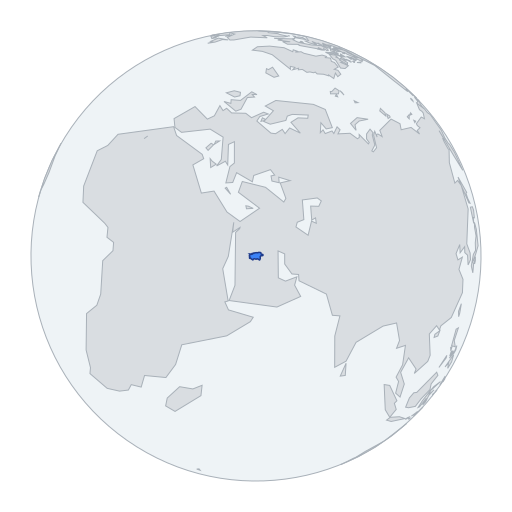 Al Quassim on an orthographic globe, rotated 32°
{"feature_id": "SAU-846", "entity_name": "Al Quassim", "entity_type": "Region", "adm_level": 1, "iso_a3": "SAU", "parent_name": "Saudi Arabia", "parent_adm1": "", "projection": "orthographic", "projection_center": [43.262, 25.97], "detail": "fine", "context": "on_globe", "style": "filled", "palette": "blue", "viewbox_px": 512, "rotation_deg": 32, "n_neighbors": 0, "source": "natural_earth", "source_scale": "10m", "svg_char_len": 11725}
<svg xmlns="http://www.w3.org/2000/svg" viewBox="0 0 512 512"><g transform="rotate(32 256 256)"><circle cx="256" cy="256" r="225" fill="#eef3f6" stroke="#a8b0b8"/><path d="M308.6,36.9L307.1,36.6L296.6,34.5L295.1,34.4L302.0,35.8L304.3,36.8L294.5,34.6L297.6,36.2L280.4,34.4L255.7,31.5L244.7,32.5L215.5,35.5L216.8,35.8L206.5,38.1L204.1,39.5L199.4,40.3L201.6,40.9L206.4,39.9L209.0,40.0L208.0,41.0L201.8,41.9L201.4,41.6L199.1,42.4L196.4,42.5L197.2,43.0L189.7,44.4L195.6,44.6L188.4,47.0L183.9,47.6L186.4,45.5L182.0,43.7L178.2,44.7L170.3,47.7L151.2,57.0L146.2,59.5L137.9,64.3L139.7,63.5L146.8,59.6L148.2,60.0L156.8,55.8L158.6,55.6L166.6,52.8L163.2,55.7L155.5,60.2L148.7,63.0L145.1,65.3L149.9,65.0L135.4,73.2L122.9,84.4L119.4,86.7L115.8,85.8L120.3,79.1L115.6,80.5L116.3,82.4L107.6,88.9L105.2,91.5L104.4,93.1L106.8,91.8L103.3,95.0L101.3,93.6L104.4,90.7L105.0,91.0L107.1,88.2L105.6,88.4L101.3,92.4L101.9,91.7L113.9,81.2L126.6,71.6L139.9,62.9L153.8,55.2L168.3,48.5L183.1,42.8L198.3,38.2L213.8,34.7L229.6,32.3L245.4,31.0L261.3,30.8L277.2,31.7L293.0,33.8L308.6,36.9ZM30.9,263.7L32.6,277.7L36.2,294.9L38.0,307.3L38.7,315.2L40.4,321.3L35.6,302.4L32.4,283.1L30.9,263.7ZM168.0,51.5L167.3,52.1L166.2,52.3L168.0,51.5ZM172.1,49.8L171.2,49.6L173.1,48.8L173.6,49.0L172.1,49.8ZM311.4,37.9L313.1,38.6L309.6,37.5L311.4,37.9ZM172.7,50.4L176.4,47.5L179.7,46.1L184.2,45.8L172.7,50.4ZM312.8,38.8L317.0,41.1L321.3,42.1L311.4,41.2L311.2,39.1L306.2,37.4L310.8,38.5L312.8,38.8ZM208.3,39.3L203.2,40.3L208.4,38.7L208.3,39.3ZM211.0,38.3L223.2,34.4L230.4,33.8L224.8,35.0L234.8,34.1L232.2,35.7L226.2,36.6L222.1,36.5L224.3,37.2L211.0,38.3ZM305.3,40.6L304.7,41.1L303.3,40.2L305.3,40.6ZM210.4,40.0L212.2,39.0L218.6,38.4L216.0,40.2L214.8,39.8L210.4,40.0ZM238.6,33.2L242.9,33.4L242.0,34.6L243.5,34.9L232.8,35.7L238.6,33.2ZM212.9,40.4L214.6,41.2L210.8,42.5L209.1,40.9L212.9,40.4ZM221.3,37.6L224.1,37.5L221.7,38.1L221.3,37.6ZM198.1,48.1L200.2,46.6L203.6,46.1L198.1,48.1ZM215.5,41.4L216.8,41.0L218.4,40.8L218.7,41.6L215.5,41.4ZM232.9,36.7L231.7,37.3L237.3,36.4L236.8,37.6L229.8,38.0L232.6,38.4L232.5,38.8L226.9,38.7L232.9,36.7ZM223.8,41.7L214.7,43.3L210.1,46.0L206.9,46.4L214.8,42.1L223.8,41.7ZM226.1,39.9L224.0,41.1L221.1,40.8L220.7,39.9L226.1,39.9ZM239.1,38.4L241.6,36.4L243.0,36.4L239.1,38.4ZM223.1,42.5L225.3,42.2L223.1,42.7L223.1,42.5ZM234.8,39.6L235.5,38.8L237.1,38.8L234.8,39.6ZM229.2,42.3L226.2,42.7L225.9,42.0L229.2,42.3ZM232.2,41.1L234.3,41.3L227.6,41.5L232.3,40.7L232.2,41.1ZM236.3,39.8L237.4,39.5L235.7,40.1L236.3,39.8ZM232.1,45.1L223.6,45.5L222.9,43.7L231.2,43.5L232.1,45.1ZM72.8,288.0L65.6,250.9L71.7,240.8L74.5,225.9L117.6,190.0L124.8,195.9L156.5,198.3L160.1,201.2L154.2,212.2L176.3,231.6L186.0,223.2L208.1,234.1L224.2,235.2L233.7,213.6L207.3,211.3L204.9,200.1L227.7,192.7L251.0,195.5L250.8,191.3L237.8,181.2L245.0,174.0L233.5,177.1L236.8,181.6L229.8,184.0L226.3,180.1L229.0,177.5L222.5,175.1L211.4,188.9L213.6,195.0L195.4,195.6L197.3,206.0L191.7,210.0L186.5,194.0L188.4,188.6L177.1,170.5L173.5,176.0L183.8,193.8L179.8,191.9L174.9,200.5L175.4,192.5L165.1,172.6L149.9,172.7L127.3,190.6L119.1,189.9L113.7,182.9L125.1,161.6L142.2,165.7L146.4,159.2L145.7,147.6L151.0,150.2L152.8,146.3L159.5,147.6L171.7,140.4L178.9,141.1L186.3,130.0L191.1,129.1L185.3,135.7L185.2,141.1L203.5,143.9L207.8,141.9L211.2,134.7L215.8,136.8L216.7,129.6L228.5,128.3L214.8,124.1L218.4,116.6L226.9,111.8L225.6,108.8L211.7,116.7L208.4,120.8L209.5,125.2L198.2,136.7L191.4,137.8L193.8,123.6L184.4,123.9L190.4,113.6L224.3,97.0L237.1,95.0L252.7,106.7L248.2,111.0L240.4,108.6L245.2,117.4L246.0,113.5L249.8,115.5L254.2,109.7L257.1,110.9L256.3,103.5L260.4,104.4L260.8,109.0L270.7,102.1L279.9,102.8L280.8,100.7L279.1,98.3L291.9,101.4L291.9,99.8L287.7,98.1L285.1,93.9L285.5,88.0L289.9,89.4L290.4,91.7L298.0,99.0L298.5,105.5L300.3,105.5L300.9,100.3L291.7,91.2L290.6,87.3L295.7,91.0L293.8,89.4L294.7,87.9L299.7,87.9L294.4,83.8L298.0,68.3L308.0,67.5L312.2,72.0L319.4,64.8L330.1,65.9L326.2,64.1L327.1,60.3L323.7,59.9L321.9,58.8L322.5,50.6L326.1,50.3L322.0,46.1L320.0,45.4L317.1,45.3L311.4,41.2L321.3,42.1L325.3,43.6L328.8,43.7L337.4,47.4L346.2,51.0L353.7,55.9L359.9,58.8L360.6,58.6L369.6,63.0L386.0,73.8L369.9,65.8L344.8,52.7L354.8,57.7L351.7,57.1L354.8,59.3L362.0,63.3L363.3,63.4L370.5,74.4L386.0,88.8L386.9,85.1L392.6,87.4L411.0,103.7L428.3,134.0L436.0,140.0L439.9,145.5L440.6,151.2L435.0,143.2L431.3,142.5L428.0,137.5L427.4,145.1L422.7,138.3L424.4,148.0L429.3,152.3L431.6,147.6L435.2,159.8L443.9,166.1L450.5,177.7L454.2,204.7L449.8,217.2L450.7,221.5L446.1,219.4L444.3,230.3L456.3,247.9L457.5,254.4L452.5,271.7L451.6,267.0L439.4,261.5L440.3,278.0L449.6,286.0L452.9,299.3L447.1,298.3L443.4,286.8L439.0,284.5L438.0,270.6L430.1,252.6L424.1,259.8L422.5,251.6L410.7,238.3L400.9,248.1L386.6,276.2L388.1,297.5L381.7,308.7L365.2,282.1L358.9,262.3L352.2,265.8L335.9,251.0L305.6,254.2L301.9,249.1L296.0,252.2L284.6,247.6L279.2,239.0L272.0,240.0L286.5,262.7L294.3,261.7L301.7,252.0L304.2,260.3L315.3,266.6L300.8,288.2L256.8,308.0L253.7,292.0L226.2,246.8L227.6,241.8L227.6,241.2L227.3,240.2L223.6,248.2L219.3,239.2L232.7,271.0L234.5,284.4L256.2,308.9L253.9,311.4L261.2,316.3L286.1,309.4L286.0,314.7L273.5,339.2L240.1,370.6L245.3,390.6L244.0,406.8L224.8,416.4L228.1,428.0L218.4,431.2L218.8,437.3L211.9,442.9L199.9,447.1L177.5,443.7L174.8,438.4L161.7,425.7L142.8,394.6L147.1,382.1L144.5,370.6L128.5,341.2L131.9,327.3L128.0,319.9L119.7,319.1L115.3,310.2L110.4,308.4L80.8,302.2L72.8,288.0ZM100.6,211.6L98.9,215.8L100.6,211.6ZM274.5,210.2L289.2,210.8L284.6,197.0L289.8,196.3L286.3,192.1L284.2,196.0L275.9,184.7L282.9,180.6L282.2,174.7L277.2,174.3L265.6,183.9L277.3,199.8L273.1,205.5L274.5,210.2ZM107.7,89.0L107.8,89.2L106.2,91.3L105.6,91.3L107.7,89.0ZM107.9,96.3L102.3,101.2L105.8,97.4L103.8,98.0L108.6,91.2L117.9,87.5L112.9,90.2L107.9,96.3ZM117.7,81.9L113.6,86.1L117.7,81.7L117.7,81.9ZM156.1,125.4L157.5,128.6L153.6,132.5L144.4,133.3L150.0,127.4L156.1,125.4ZM160.4,132.3L165.4,119.0L171.3,118.6L167.1,121.0L170.5,122.0L164.7,126.2L165.5,139.5L162.1,143.9L147.0,141.9L153.8,139.9L152.1,136.6L160.4,132.3ZM167.8,91.3L170.0,87.1L179.9,91.3L176.6,94.9L167.3,95.5L165.6,91.6L167.8,91.3ZM180.0,50.9L180.3,50.1L182.0,49.7L183.2,50.1L180.0,50.9ZM198.8,47.5L180.9,54.6L180.2,53.8L170.5,59.7L165.0,60.1L171.5,56.2L160.0,61.3L163.6,58.0L156.0,61.8L171.0,53.1L173.8,50.8L172.8,53.0L177.8,52.5L180.8,51.6L191.3,47.6L199.8,43.1L206.1,42.4L208.3,43.2L207.2,44.2L203.5,44.2L204.7,45.5L198.5,46.3L198.8,47.5ZM230.3,60.6L226.4,58.8L227.9,64.3L221.7,64.0L222.2,64.7L216.9,66.1L211.3,69.2L208.8,68.6L207.7,70.1L204.2,71.3L201.8,73.3L196.5,73.2L193.2,75.7L192.6,74.2L188.4,78.7L189.1,75.4L184.6,77.0L186.3,79.4L163.1,76.7L152.9,79.1L143.9,83.3L146.3,77.8L156.3,70.8L169.4,64.5L178.9,63.3L178.3,61.4L182.6,60.4L181.3,62.3L186.0,58.9L189.2,58.7L200.9,54.8L205.6,50.6L210.0,49.4L209.7,51.0L214.3,48.7L216.8,51.0L220.0,50.3L225.6,52.2L223.4,56.2L227.1,55.1L231.6,56.9L230.3,60.6ZM233.5,45.7L232.2,49.8L228.1,51.8L219.9,47.8L216.7,48.1L211.3,46.2L217.3,43.4L218.3,44.1L220.6,44.3L217.8,45.1L221.8,44.5L223.3,45.6L226.9,45.6L225.5,46.9L233.5,45.7ZM165.5,197.7L168.6,198.8L173.6,199.2L170.7,205.0L165.5,197.7ZM158.2,184.2L161.1,184.1L159.4,191.8L156.2,190.8L158.2,184.2ZM164.2,177.7L161.4,183.5L161.0,179.8L164.2,177.7ZM188.2,135.4L191.5,135.1L191.3,136.8L188.8,139.2L188.2,135.4ZM233.3,79.0L231.8,77.1L233.1,76.5L234.1,71.7L238.8,71.8L240.0,74.8L233.3,79.0ZM228.4,217.1L222.9,221.0L220.8,218.8L223.1,217.8L228.4,217.1ZM194.7,213.3L201.8,217.1L193.9,214.8L194.7,213.3ZM238.6,78.4L238.5,76.3L240.9,77.7L238.6,78.4ZM242.3,71.7L245.4,72.9L239.5,71.3L242.3,71.7ZM320.5,466.7L322.2,467.3L318.6,468.1L320.5,466.7ZM283.3,403.6L269.7,430.7L258.8,431.0L256.0,423.5L260.5,407.3L272.9,402.2L278.8,394.2L283.3,403.6ZM471.3,313.6L472.6,312.1L472.4,313.1L471.3,313.6ZM470.0,313.0L471.9,310.5L469.3,315.5L470.0,313.0ZM472.6,309.5L474.5,304.8L475.4,302.1L475.0,304.2L472.6,309.5ZM468.5,314.9L458.3,324.7L453.7,326.0L455.3,321.7L462.8,316.3L468.5,314.9ZM454.9,321.9L447.1,317.9L432.8,297.1L438.0,294.9L452.2,304.1L451.4,307.6L456.2,311.8L454.9,321.9ZM471.7,289.6L470.8,299.1L465.7,303.9L463.0,304.9L461.3,295.1L462.3,288.4L464.6,286.5L470.8,258.8L473.5,260.8L472.3,271.6L474.3,277.1L471.7,289.6ZM389.2,299.2L395.0,310.0L391.1,313.2L389.2,299.2ZM471.3,241.7L470.2,253.6L470.5,239.1L471.3,241.7ZM470.3,229.0L471.4,233.2L469.5,230.3L470.3,229.0ZM452.6,227.5L450.2,230.7L449.2,227.6L451.5,221.9L452.6,227.5ZM455.4,187.6L459.1,196.6L460.0,200.1L457.1,195.6L455.4,187.6ZM278.6,80.6L272.0,86.8L270.4,92.2L274.3,96.4L265.9,93.5L268.4,85.1L278.6,80.6ZM295.2,69.4L291.6,66.4L295.0,66.4L296.2,67.1L295.2,69.4ZM291.8,68.5L284.1,67.4L283.3,64.9L289.5,66.2L291.8,68.5ZM261.2,71.9L258.9,73.6L257.0,72.3L261.2,71.9ZM438.4,388.2L446.2,375.3L446.9,374.6L452.2,363.9L463.2,344.2L472.5,318.4L472.6,318.0L466.4,336.6L458.6,354.6L449.2,371.9L438.4,388.2ZM474.5,308.5L477.0,298.1L477.7,295.7L474.5,308.5ZM481.2,263.5L481.0,264.0L481.3,259.6L481.2,263.5ZM479.6,277.8L479.4,280.3L479.1,279.7L479.6,277.8ZM480.1,274.9L480.6,273.8L479.9,277.2L480.1,274.9ZM475.4,277.5L476.0,282.0L477.9,275.2L476.4,282.8L477.1,289.8L476.3,294.0L475.9,286.3L474.6,297.3L473.7,298.6L473.8,290.6L475.1,278.4L476.0,272.5L479.0,264.7L475.4,277.5ZM480.3,268.1L480.1,262.5L480.1,257.5L480.5,259.9L480.3,268.1ZM478.1,249.7L476.0,244.8L475.1,249.9L475.9,234.9L478.0,242.1L478.1,249.7ZM474.8,235.5L474.1,240.2L474.1,232.0L474.8,235.5ZM473.3,238.2L472.1,233.3L473.2,232.3L473.3,238.2ZM475.4,234.6L473.8,225.5L475.2,229.8L475.4,234.6ZM468.9,222.6L473.1,227.4L469.4,228.4L464.5,212.0L465.7,209.7L468.9,222.6ZM445.6,146.9L442.6,143.1L442.4,140.3L444.5,143.7L445.6,146.9ZM438.9,129.6L441.4,138.4L442.9,146.3L444.6,147.1L448.8,155.4L443.9,150.4L439.5,139.5L439.2,134.9L434.9,128.5L432.0,122.4L426.0,115.7L423.4,111.7L428.7,116.6L438.9,129.6ZM423.4,113.0L411.9,101.0L413.4,99.6L416.3,101.9L420.9,107.9L419.9,108.2L423.4,113.0ZM409.6,97.8L408.4,98.2L389.2,85.0L385.5,82.0L401.0,90.4L400.7,91.4L405.2,95.1L409.6,97.8ZM307.2,41.6L304.9,41.1L306.7,41.1L307.2,41.6ZM320.0,58.7L317.9,57.3L320.0,57.0L320.0,58.7ZM313.1,53.3L312.2,54.6L311.3,52.7L313.1,53.3ZM310.5,57.8L311.0,54.8L313.2,58.5L310.5,57.8Z" fill="#d9dde1" stroke="#a8b0b8" stroke-width="1"/><path d="M260.8,251.1L261.0,251.1L261.2,251.3L261.3,251.4L261.4,251.5L261.5,251.6L261.5,251.8L261.5,252.0L261.4,252.2L261.1,252.3L260.8,252.5L260.7,252.7L260.4,253.0L260.2,253.2L260.0,253.3L260.0,253.6L260.0,253.8L259.9,254.3L260.0,254.5L260.3,254.9L260.4,255.0L260.7,255.5L261.0,255.9L261.0,256.0L261.0,256.3L261.1,256.6L261.2,256.8L261.2,257.0L261.2,257.3L261.1,257.5L260.7,257.5L259.8,257.6L259.1,257.5L258.9,257.5L258.7,257.6L258.4,257.8L258.3,258.1L258.2,258.2L258.2,258.3L257.9,258.5L257.7,258.6L257.5,258.8L256.3,259.1L256.2,259.1L255.8,259.5L255.4,260.0L255.4,260.3L255.5,260.5L255.5,260.8L255.4,260.9L255.3,261.0L255.2,261.0L254.8,261.0L254.7,261.0L254.1,261.0L253.3,261.0L253.1,260.9L252.9,260.9L252.5,260.7L252.4,260.7L252.2,260.8L251.9,261.2L251.8,261.3L251.5,261.1L251.4,261.0L251.4,260.8L251.2,260.1L251.1,259.9L250.9,259.7L250.5,259.6L250.4,259.6L250.3,259.4L250.2,259.3L250.2,259.2L250.3,258.2L250.2,257.9L249.5,257.7L249.4,257.7L249.6,257.5L249.9,257.5L250.0,257.4L250.6,257.1L250.8,257.1L251.2,257.0L251.3,257.0L251.4,256.9L251.2,256.5L251.2,256.4L251.2,256.2L251.3,256.0L251.5,256.0L251.8,256.1L252.0,256.1L252.1,255.9L252.0,255.5L252.0,255.4L252.1,255.1L252.2,254.9L252.3,254.9L252.5,254.9L252.8,254.8L252.8,254.7L253.0,254.3L253.4,253.9L254.4,253.1L254.8,252.8L255.6,252.5L255.7,252.4L255.8,252.3L255.8,252.2L256.0,251.9L256.3,251.6L256.5,251.4L257.9,250.7L258.0,250.7L258.3,250.7L258.6,250.8L258.8,251.1L259.3,251.5L259.5,251.6L259.9,251.6L260.1,251.7L260.3,251.6L260.6,251.2L260.8,251.1Z" fill="#3b82f6" stroke="#1e3a8a" stroke-width="1.5"/></g></svg>